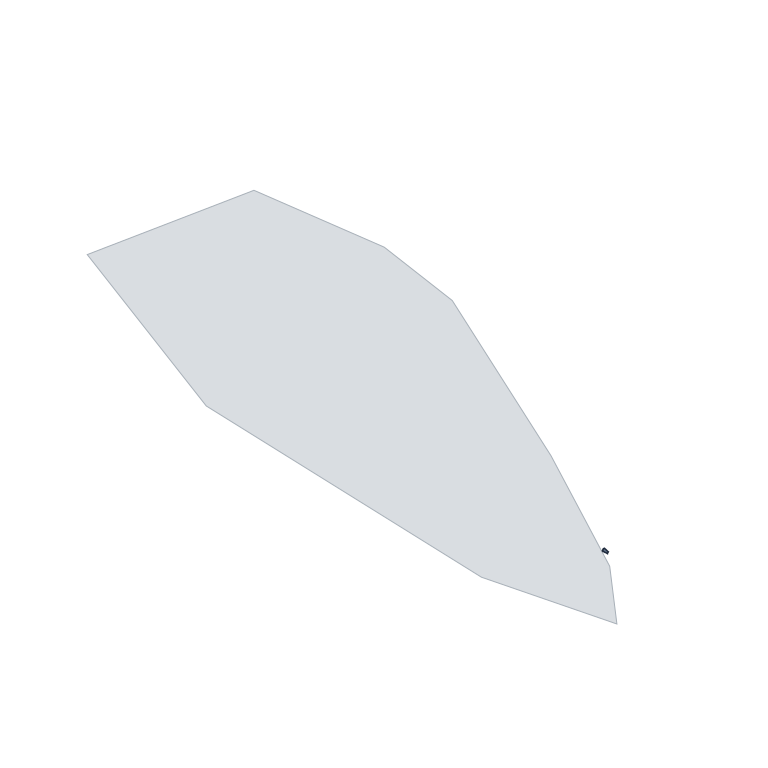 location of Reduit Orchard, Gros Islet, Saint Lucia, rotated 120°
{"feature_id": "8701671B13742843200127", "entity_name": "Reduit Orchard", "entity_type": "district", "adm_level": 2, "iso_a3": "LCA", "parent_name": "Saint Lucia", "parent_adm1": "Gros Islet", "projection": "equal_earth", "projection_center": [-60.953, 14.066], "detail": "fine", "context": "in_parent", "style": "filled", "palette": "slate", "viewbox_px": 768, "rotation_deg": 120, "n_neighbors": 0, "source": "geoboundaries", "source_scale": "gbopen_adm2", "svg_char_len": 987}
<svg xmlns="http://www.w3.org/2000/svg" viewBox="0 0 768 768"><g transform="rotate(120 384 384)"><path d="M491.9,526.9L420.3,705.7L281.3,593.5L265.4,452.2L277.6,366.6L362.7,203.4L429.0,97.4L475.4,62.3L502.6,203.0L491.9,526.9Z" fill="#d9dde1" stroke="#a8b0b8" stroke-width="1"/><path d="M417.2,105.8L417.2,106.0L416.9,107.3L416.8,107.7L416.7,107.9L416.6,108.4L416.3,109.5L416.3,109.8L416.2,110.5L416.0,110.9L416.1,111.0L416.3,111.2L416.7,111.5L416.9,111.6L417.0,111.7L417.3,111.7L417.6,111.7L417.8,111.7L418.1,111.6L418.3,111.5L418.3,111.4L418.6,111.5L418.9,111.6L419.0,111.6L419.4,111.3L419.5,110.9L419.4,110.6L419.4,110.3L419.5,110.2L419.4,110.0L419.3,109.8L419.3,109.6L419.3,109.4L419.3,108.9L419.4,108.6L419.4,108.4L419.2,108.0L419.1,107.7L419.1,107.4L419.2,107.2L419.1,106.6L419.2,106.2L419.2,105.8L419.2,105.7L419.0,105.8L418.9,105.8L418.6,105.8L418.4,105.8L418.2,105.8L417.9,105.8L417.7,105.8L417.4,105.8L417.2,105.8Z" fill="#64748b" stroke="#1e293b" stroke-width="1.5"/></g></svg>